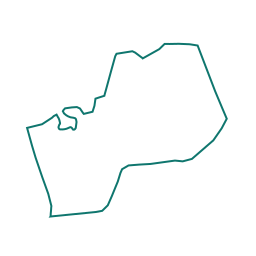 Wasat Al Gedaref, Gedarif, Sudan (Mercator projection), rotated 167°
{"feature_id": "16777658B33675422970031", "entity_name": "Wasat Al Gedaref", "entity_type": "district", "adm_level": 2, "iso_a3": "SDN", "parent_name": "Sudan", "parent_adm1": "Gedarif", "projection": "mercator", "projection_center": [35.181, 14.159], "detail": "fine", "context": "isolated", "style": "outline", "palette": "teal", "viewbox_px": 256, "rotation_deg": 167, "n_neighbors": 0, "source": "geoboundaries", "source_scale": "gbopen_adm2", "svg_char_len": 1382}
<svg xmlns="http://www.w3.org/2000/svg" viewBox="0 0 256 256"><g transform="rotate(167 128 128)"><path d="M29.7,114.8L31.7,126.1L32.8,132.5L34.8,144.1L41.1,189.1L41.6,192.7L49.0,195.7L59.5,198.6L68.5,200.5L73.4,201.7L79.8,197.8L98.0,192.5L98.4,193.2L99.3,194.2L104.1,199.9L106.5,201.8L122.5,202.9L124.3,200.8L131.5,187.6L140.1,171.6L143.1,166.1L143.8,164.7L148.8,164.3L153.1,163.9L155.7,157.2L158.9,151.8L167.9,151.7L168.5,152.9L170.4,157.8L173.1,159.9L178.1,160.7L180.2,160.9L184.9,161.3L186.8,160.0L187.7,159.0L187.4,158.0L187.1,156.7L186.6,156.0L185.3,154.3L183.7,152.8L181.7,151.4L178.7,150.2L177.2,149.3L176.7,148.2L176.8,145.4L178.0,142.2L178.9,139.8L180.0,138.8L181.0,138.5L181.9,138.8L182.3,139.7L182.7,140.7L183.5,141.6L184.2,141.8L186.3,141.4L188.1,141.1L190.0,141.1L192.0,141.3L194.7,142.0L195.4,142.8L195.6,144.1L195.2,145.2L194.5,146.1L194.1,146.9L193.6,147.1L193.3,147.5L193.1,148.1L193.1,149.4L193.1,151.0L193.2,151.9L193.4,153.2L193.8,154.2L194.6,157.1L197.7,156.3L199.7,155.1L210.9,151.0L226.3,150.8L225.5,132.4L224.7,119.9L222.6,99.4L220.5,81.8L220.2,69.2L220.6,68.1L221.6,64.8L222.5,62.1L223.1,60.0L223.3,59.3L223.4,59.2L178.3,53.4L171.8,53.1L165.1,57.2L159.2,65.1L153.7,72.9L150.0,78.1L145.4,86.0L143.0,89.2L135.9,91.4L125.2,89.8L114.1,87.9L89.6,85.7L82.2,83.2L72.7,83.5L47.6,96.8L36.8,106.6L29.7,114.8Z" fill="none" stroke="#0f766e" stroke-width="2"/></g></svg>